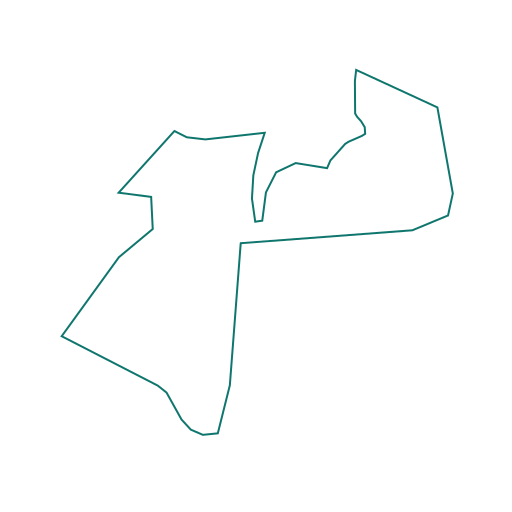 SVG path tracing the border of Cagayan de Oro, rotated 352°
{"feature_id": "PHL-5531", "entity_name": "Cagayan de Oro", "entity_type": "Highly Urbanized City", "adm_level": 1, "iso_a3": "PHL", "parent_name": "Philippines", "parent_adm1": "", "projection": "orthographic", "projection_center": [124.653, 8.399], "detail": "fine", "context": "isolated", "style": "outline", "palette": "teal", "viewbox_px": 512, "rotation_deg": 352, "n_neighbors": 0, "source": "natural_earth", "source_scale": "10m", "svg_char_len": 703}
<svg xmlns="http://www.w3.org/2000/svg" viewBox="0 0 512 512"><g transform="rotate(352 256 256)"><path d="M192.6,120.9L204.0,128.8L222.1,133.5L281.8,135.2L272.4,154.3L264.6,175.7L260.0,198.5L260.0,221.9L267.1,221.9L274.7,194.4L287.6,175.9L308.2,169.5L338.6,178.9L343.0,171.7L359.9,157.4L363.7,155.7L377.6,151.8L381.1,150.2L381.6,143.6L378.9,137.3L375.5,132.2L374.0,128.7L378.3,96.4L381.1,85.7L456.3,134.1L459.6,221.5L451.8,242.6L451.7,242.6L414.4,252.3L242.7,241.2L242.6,241.4L212.1,380.4L193.5,426.3L193.3,426.3L178.5,425.7L167.3,418.9L159.5,407.6L148.4,378.8L140.7,370.7L52.4,308.4L120.1,238.1L157.5,214.9L160.4,182.9L128.8,174.2L192.6,120.9Z" fill="none" stroke="#0f766e" stroke-width="2"/></g></svg>